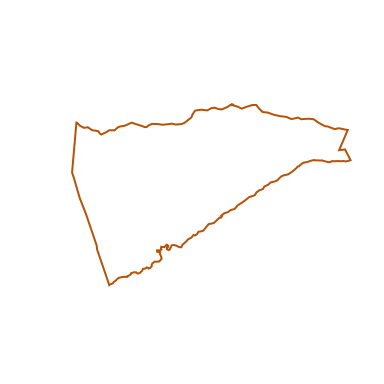 Calaveras, California, United States of America (Mercator projection), rotated 23°
{"feature_id": "52423323B80620838081699", "entity_name": "Calaveras", "entity_type": "district", "adm_level": 2, "iso_a3": "USA", "parent_name": "United States of America", "parent_adm1": "California", "projection": "mercator", "projection_center": [-120.465, 38.171], "detail": "fine", "context": "isolated", "style": "outline", "palette": "amber", "viewbox_px": 384, "rotation_deg": 23, "n_neighbors": 0, "source": "geoboundaries", "source_scale": "gbopen_adm2", "svg_char_len": 2786}
<svg xmlns="http://www.w3.org/2000/svg" viewBox="0 0 384 384"><g transform="rotate(23 192 192)"><path d="M311.1,74.0L307.7,74.9L304.5,75.4L301.9,76.1L298.9,78.3L295.3,78.5L291.6,78.6L288.9,79.4L285.4,79.2L281.1,78.7L275.6,77.5L270.9,78.9L266.4,81.1L264.0,82.4L260.6,82.0L258.4,83.7L255.0,86.0L249.4,86.0L243.3,87.8L237.2,88.9L230.6,89.3L225.8,90.8L221.4,89.1L217.2,86.8L213.5,88.4L208.5,92.6L205.3,95.8L200.8,95.6L196.2,96.1L195.8,95.5L194.5,95.6L194.6,96.5L194.1,96.9L193.3,96.8L191.8,99.4L187.1,104.4L183.5,105.4L180.0,105.5L177.2,107.1L174.2,110.9L168.4,112.6L163.0,115.9L162.2,120.4L162.3,123.6L160.3,127.2L158.0,131.4L155.7,133.6L150.6,136.3L146.7,137.0L143.9,138.7L138.6,141.6L133.8,142.9L128.6,144.9L125.6,148.2L125.0,149.8L123.1,150.8L121.0,150.7L116.0,151.2L111.6,151.6L109.7,151.6L108.1,153.0L106.2,155.2L103.9,157.5L100.6,159.5L98.7,161.1L96.6,165.5L91.8,167.4L89.9,170.2L87.6,172.7L85.9,174.6L83.6,173.9L82.1,172.6L75.9,174.1L70.9,173.1L67.3,175.2L63.1,174.8L59.4,173.3L58.5,173.3L74.0,221.0L77.4,224.8L91.2,241.6L103.1,253.8L125.0,278.3L127.2,282.1L152.2,310.0L152.4,309.4L154.7,307.2L155.2,305.2L156.4,303.5L157.0,301.6L158.0,299.8L160.3,298.0L163.4,296.2L164.7,295.8L165.5,295.4L165.3,295.0L165.6,294.5L166.5,293.7L167.7,292.0L167.7,290.5L169.9,288.6L171.9,287.8L173.7,288.3L175.5,287.2L176.0,285.8L176.8,284.2L176.9,281.9L178.8,280.8L179.9,279.0L181.4,279.0L181.9,279.4L182.9,278.6L183.4,277.6L184.0,276.2L183.3,274.8L183.5,273.1L184.1,272.0L184.7,270.8L186.4,270.1L189.1,268.6L190.1,265.3L188.7,263.4L186.5,261.4L186.3,260.0L184.8,260.2L183.8,260.5L183.2,260.6L182.6,259.4L184.2,258.6L185.4,258.4L186.3,256.9L185.3,255.8L185.1,254.4L186.5,254.1L188.2,253.4L188.8,251.3L189.5,250.3L191.1,250.8L191.6,251.7L191.0,252.6L190.6,252.7L191.0,253.8L191.4,254.5L193.1,254.6L194.0,253.5L194.1,249.1L196.2,247.8L198.6,247.5L201.8,247.8L203.8,247.0L203.8,244.3L206.0,239.9L206.8,237.2L209.4,234.0L209.6,232.7L210.2,230.9L211.7,230.8L213.0,229.1L213.5,226.1L215.0,225.2L217.5,223.2L218.6,219.3L219.9,215.0L224.1,212.2L226.3,207.3L227.3,204.8L228.7,204.3L229.0,202.6L228.2,202.4L229.0,200.7L230.3,198.6L232.9,196.6L234.7,193.4L237.7,191.1L238.6,188.9L239.1,186.7L240.3,184.9L241.8,182.8L244.1,179.1L246.6,174.4L251.0,170.5L251.5,167.2L253.2,164.2L256.1,161.6L256.5,158.6L259.2,155.6L260.8,152.3L263.8,150.2L266.1,147.8L266.8,145.6L268.1,142.8L269.4,141.2L271.4,139.9L273.8,137.9L275.9,134.7L277.3,132.2L278.9,128.9L279.2,127.4L280.4,126.6L280.8,125.5L282.6,122.0L284.2,120.8L286.8,119.0L289.3,116.7L291.6,115.0L293.5,114.5L296.7,113.3L299.5,112.1L301.5,111.9L304.7,111.4L307.2,110.8L308.9,108.8L310.4,108.3L311.8,107.7L313.8,106.7L316.8,105.6L319.3,104.3L321.6,103.8L324.5,101.7L325.5,100.7L316.2,93.0L311.1,96.0L311.1,74.0Z" fill="none" stroke="#b45309" stroke-width="2"/></g></svg>